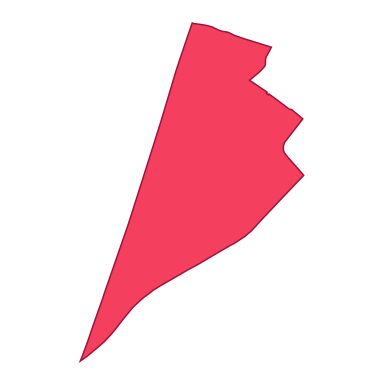 the district of Hadaiq Al-Qubba, Al Qahirah, Egypt
{"feature_id": "37247803B1921003738807", "entity_name": "Hadaiq Al-Qubba", "entity_type": "district", "adm_level": 2, "iso_a3": "EGY", "parent_name": "Egypt", "parent_adm1": "Al Qahirah", "projection": "equal_earth", "projection_center": [31.283, 30.086], "detail": "fine", "context": "isolated", "style": "filled", "palette": "rose", "viewbox_px": 384, "rotation_deg": 0, "n_neighbors": 0, "source": "geoboundaries", "source_scale": "gbopen_adm2", "svg_char_len": 1719}
<svg xmlns="http://www.w3.org/2000/svg" viewBox="0 0 384 384"><path d="M80.3,361.0L84.3,358.3L87.7,355.8L97.5,347.6L104.3,341.7L106.6,339.3L111.2,334.3L115.1,329.6L115.4,329.3L123.0,319.4L129.6,311.4L132.3,308.1L133.9,306.4L134.6,305.7L140.2,300.6L143.4,297.7L148.3,294.1L153.0,290.4L159.0,286.6L167.2,281.8L175.1,277.3L184.4,271.9L187.8,269.9L196.8,265.1L218.3,252.4L229.1,246.1L235.5,242.6L240.8,239.1L245.1,236.3L248.0,233.7L251.5,230.8L255.1,226.8L255.3,226.6L255.5,226.4L260.7,220.7L263.2,218.0L278.7,201.6L297.5,181.8L301.2,178.0L302.5,176.7L303.1,176.0L303.7,175.3L295.7,166.1L288.1,157.5L285.0,153.6L284.7,153.1L284.4,152.7L284.2,152.2L283.9,151.6L283.7,151.1L283.6,150.5L283.5,149.9L283.4,149.3L283.3,148.7L283.3,148.1L283.3,147.6L283.3,147.0L283.4,146.4L283.5,145.8L283.7,145.2L284.8,142.1L285.7,141.0L286.6,139.8L302.8,118.9L292.2,110.0L291.8,109.7L291.4,109.5L290.9,109.4L290.5,109.3L290.3,109.3L290.0,109.2L289.6,109.2L289.2,109.0L288.8,108.8L288.4,108.5L276.5,99.5L271.7,96.0L269.0,94.0L268.7,94.4L268.5,94.8L266.5,93.5L266.8,92.8L267.2,92.2L249.6,80.3L260.1,71.4L263.9,67.3L264.3,66.8L264.8,66.2L265.3,64.8L265.4,64.1L265.4,63.3L265.5,60.0L265.8,58.1L266.1,57.3L266.4,56.5L268.4,52.9L271.4,47.2L263.8,44.9L251.2,40.9L244.7,39.0L234.0,35.2L231.1,33.7L227.9,32.2L222.3,31.3L219.6,30.5L216.3,29.0L212.7,27.2L209.2,26.1L206.3,25.4L200.4,24.4L194.0,23.6L193.1,23.3L192.2,23.0L186.9,38.4L180.3,57.9L176.6,69.1L176.3,70.0L176.0,70.9L169.9,91.4L165.1,107.5L161.1,120.8L153.7,144.4L131.6,213.9L128.1,224.8L126.6,229.1L103.9,294.6L102.3,299.6L101.3,302.4L95.9,317.6L92.3,327.9L89.1,337.3L88.7,338.4L88.4,339.4L87.5,342.0L85.0,348.8L82.3,356.0L80.3,361.0Z" fill="#f43f5e" stroke="#9f1239" stroke-width="1.5"/></svg>